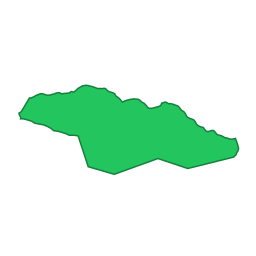 the district of Champen Estate, Anse-la-Raye, Saint Lucia, rotated 344°
{"feature_id": "8701671B64921834857972", "entity_name": "Champen Estate", "entity_type": "district", "adm_level": 2, "iso_a3": "LCA", "parent_name": "Saint Lucia", "parent_adm1": "Anse-la-Raye", "projection": "robinson", "projection_center": [-61.03, 13.936], "detail": "fine", "context": "isolated", "style": "filled", "palette": "green", "viewbox_px": 256, "rotation_deg": 344, "n_neighbors": 0, "source": "geoboundaries", "source_scale": "gbopen_adm2", "svg_char_len": 3892}
<svg xmlns="http://www.w3.org/2000/svg" viewBox="0 0 256 256"><g transform="rotate(344 128 128)"><path d="M41.6,71.9L29.9,82.9L27.3,83.7L27.3,83.9L27.2,84.0L27.2,85.1L27.4,86.3L27.7,87.1L27.7,88.0L27.8,88.5L27.6,88.9L27.4,89.2L27.2,89.6L27.5,89.7L29.0,90.0L30.4,90.7L31.8,91.4L33.1,92.3L34.5,93.1L35.9,94.1L36.9,94.6L38.1,95.8L39.1,97.1L40.1,97.9L41.7,98.7L43.4,99.6L44.8,100.3L47.5,101.6L49.2,102.9L50.1,103.6L50.5,103.9L51.7,105.0L52.9,106.2L53.6,106.8L54.2,107.5L54.4,107.9L54.7,108.5L55.6,109.9L56.6,110.4L56.8,110.6L57.1,110.7L57.4,110.8L58.1,111.1L59.1,111.5L61.5,112.9L63.0,113.8L64.2,114.7L65.3,115.4L65.5,115.5L65.9,115.7L67.0,116.6L67.7,117.1L68.4,117.8L69.0,118.3L69.6,118.8L70.6,119.1L72.1,119.5L73.5,119.9L74.7,120.4L76.2,121.0L77.7,121.8L77.9,121.9L79.1,154.3L79.3,154.4L102.0,168.7L148.4,165.6L155.0,170.2L174.3,183.4L221.5,185.1L224.3,183.6L225.6,181.9L227.3,180.4L228.6,178.5L228.8,174.3L228.6,170.6L228.4,167.9L228.4,167.6L228.2,167.6L227.6,167.6L227.1,167.6L226.7,167.6L226.4,167.5L225.7,167.5L225.2,167.4L224.8,167.4L224.4,167.3L223.9,167.1L223.5,166.9L223.1,166.8L222.8,166.6L222.2,166.3L221.9,166.0L221.6,165.8L221.2,165.5L220.8,165.2L220.4,164.9L220.1,164.8L219.6,164.5L219.0,164.2L218.6,164.0L218.2,163.8L217.8,163.3L217.3,162.8L216.7,162.3L215.9,161.4L214.9,160.7L213.9,160.2L212.9,159.6L211.8,158.7L211.4,158.1L211.1,157.1L210.6,155.9L210.1,154.9L209.5,154.0L208.7,153.7L207.6,153.4L206.4,153.5L205.1,153.5L204.1,153.6L203.2,153.2L201.9,152.0L201.6,151.2L201.1,150.2L200.9,149.6L200.7,148.5L200.3,148.1L199.5,147.7L198.3,147.0L196.9,145.9L195.8,144.6L195.1,143.8L194.7,142.5L194.5,141.6L194.4,140.4L193.8,139.2L193.3,138.1L192.3,137.4L190.8,136.3L189.1,135.0L188.0,133.8L187.6,132.9L187.4,132.0L187.3,130.9L187.1,129.9L186.5,128.5L186.1,127.5L185.6,127.1L184.6,126.1L183.9,124.9L183.7,124.2L183.2,122.9L182.5,121.3L181.8,120.4L180.4,119.4L178.8,118.4L178.8,118.2L178.6,118.2L177.1,117.1L175.6,116.3L174.9,116.1L173.9,115.9L172.8,114.9L171.8,113.9L170.9,113.3L167.2,113.4L166.8,114.0L166.3,114.8L165.7,115.2L165.0,115.6L164.0,115.7L162.9,115.8L161.6,115.7L160.8,115.8L159.8,115.7L158.7,115.8L157.7,115.8L157.1,115.7L156.2,115.6L155.2,115.3L154.2,115.0L154.0,114.9L153.8,114.8L153.5,114.7L153.4,114.6L153.1,114.3L153.0,114.2L152.7,113.9L152.5,113.5L152.2,112.7L152.0,112.1L151.6,111.1L150.8,109.5L150.1,108.6L150.1,108.4L149.7,108.1L149.1,107.7L148.3,106.8L147.9,106.1L147.6,105.4L147.0,104.4L146.3,103.8L145.5,103.1L144.5,102.7L143.7,102.4L143.2,102.3L142.7,102.0L142.1,101.7L140.9,101.5L140.3,101.5L139.4,101.4L138.3,101.1L137.4,101.1L136.6,101.1L135.4,101.0L133.9,101.1L132.6,101.0L131.5,101.2L130.6,101.5L130.0,101.7L129.8,101.7L129.6,101.5L129.5,101.1L129.1,100.3L128.7,99.2L128.2,98.1L127.7,97.1L127.1,96.3L126.6,95.6L125.9,94.8L125.3,94.0L125.0,93.4L124.9,93.0L124.8,92.3L124.8,91.9L124.7,91.5L124.2,91.0L123.5,90.3L122.9,89.8L122.4,89.5L121.6,88.9L120.9,88.5L120.3,88.2L119.6,87.6L119.0,86.9L118.5,86.2L118.1,85.7L117.8,85.1L117.5,84.4L117.3,84.0L116.9,83.7L116.3,83.4L115.7,83.2L114.9,83.1L113.7,82.9L113.0,82.7L112.0,82.3L111.3,82.1L110.4,82.0L109.7,81.6L108.9,81.1L107.7,80.2L106.9,79.6L106.7,79.4L106.8,79.5L104.7,78.1L103.6,77.5L102.2,76.7L101.1,76.0L99.7,75.5L98.5,75.2L96.7,75.0L95.5,75.0L93.9,75.4L92.2,75.8L90.6,76.3L89.3,77.1L87.9,77.7L86.9,78.2L85.8,78.4L85.2,78.3L84.6,78.0L84.2,77.6L83.5,77.3L83.0,77.4L82.6,77.6L81.8,78.0L80.5,78.1L79.3,77.8L77.9,77.6L76.6,77.2L76.0,77.1L75.7,77.1L75.0,77.0L74.0,76.9L73.5,76.7L73.2,76.4L72.9,76.2L72.5,75.7L71.7,75.2L71.2,75.0L70.5,74.8L69.6,74.7L68.5,74.6L67.7,74.7L66.8,74.9L66.0,74.9L65.6,74.9L65.4,74.9L65.1,74.9L64.7,74.8L64.2,74.8L63.3,74.7L62.6,74.8L61.7,74.8L59.1,74.1L58.8,73.9L58.7,73.8L58.2,73.5L57.6,73.1L56.7,72.4L55.6,71.7L55.3,71.6L54.2,71.1L53.0,70.9L51.6,71.2L50.3,71.1L49.2,71.3L48.5,71.4L45.6,72.1L43.2,72.4L42.1,72.2L41.6,71.9Z" fill="#22c55e" stroke="#15803d" stroke-width="1.5"/></g></svg>